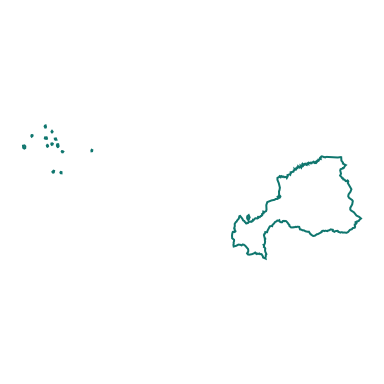 the district of Mamuju, Sulawesi Barat, Indonesia
{"feature_id": "22746128B65468173429736", "entity_name": "Mamuju", "entity_type": "district", "adm_level": 2, "iso_a3": "IDN", "parent_name": "Indonesia", "parent_adm1": "Sulawesi Barat", "projection": "mercator", "projection_center": [119.254, -2.427], "detail": "fine", "context": "isolated", "style": "outline", "palette": "teal", "viewbox_px": 384, "rotation_deg": 0, "n_neighbors": 0, "source": "geoboundaries", "source_scale": "gbopen_adm2", "svg_char_len": 5970}
<svg xmlns="http://www.w3.org/2000/svg" viewBox="0 0 384 384"><path d="M345.8,165.1L342.9,163.6L343.0,162.7L341.4,160.6L341.2,157.2L340.6,157.1L337.8,157.5L326.7,156.9L325.9,157.0L325.2,157.4L324.7,157.1L324.1,157.2L322.6,156.5L321.5,156.4L320.3,157.6L320.5,157.8L320.2,157.9L320.0,158.2L320.3,158.8L319.9,158.7L319.8,159.2L318.9,160.0L318.7,159.9L318.7,160.4L318.3,160.4L318.2,160.7L317.5,160.4L317.0,160.9L317.2,161.1L316.8,161.2L316.9,161.5L316.6,161.6L317.0,161.9L316.0,163.1L315.0,163.0L314.4,162.4L314.3,162.8L314.1,162.7L314.0,162.3L313.5,162.3L313.2,161.9L312.3,162.7L312.0,162.6L311.5,163.0L311.2,162.8L311.1,163.2L310.6,163.1L310.7,163.3L309.9,163.3L309.3,162.9L308.4,163.1L308.6,163.3L308.3,162.8L307.9,163.1L308.1,163.3L307.8,163.5L307.6,163.6L307.8,164.0L307.3,163.8L307.2,164.5L306.6,164.7L306.5,164.4L306.5,164.9L306.2,164.8L305.5,163.9L304.7,164.5L304.5,164.2L304.3,164.4L304.3,164.0L303.7,164.2L303.3,164.5L303.4,164.8L303.0,164.4L303.0,165.1L302.7,164.9L302.6,165.3L302.2,164.9L302.1,165.5L301.5,165.9L301.7,166.1L301.3,165.9L301.6,166.5L301.1,166.5L301.3,166.7L301.1,166.9L301.4,166.9L301.0,167.0L301.0,167.3L300.7,167.0L300.3,166.8L300.0,167.3L300.2,166.7L299.7,167.0L299.9,167.2L299.5,167.0L299.4,167.4L298.8,167.0L298.1,166.3L298.0,166.8L297.5,167.0L297.6,167.5L297.4,167.7L297.4,167.9L297.0,167.8L296.5,168.1L296.7,168.4L296.6,168.6L296.3,168.6L296.4,168.9L296.2,169.2L296.0,168.9L295.2,169.6L294.6,169.1L294.7,169.7L294.3,170.3L293.7,170.4L293.4,171.7L290.6,172.3L290.6,172.7L291.0,173.0L290.5,173.6L290.3,174.5L290.0,174.2L287.5,175.1L287.7,176.4L286.8,178.0L286.2,176.9L284.1,177.2L283.7,176.6L283.1,176.5L282.3,176.9L281.6,176.1L280.8,176.5L280.5,177.3L280.1,177.1L280.3,176.2L279.8,176.0L278.8,177.2L277.5,177.8L277.4,179.0L277.5,180.0L278.8,183.2L279.9,187.7L279.4,190.5L279.0,191.2L279.1,194.7L278.3,196.5L278.0,196.7L278.5,196.9L278.5,196.6L280.0,195.9L280.4,196.4L280.2,197.0L279.6,197.8L278.0,198.0L277.6,198.9L275.6,199.0L274.6,199.8L271.6,200.4L267.3,202.1L266.3,205.1L266.5,209.6L266.1,211.1L264.3,212.1L263.3,211.6L263.2,212.3L263.6,212.6L263.4,212.8L263.5,213.4L262.0,214.1L262.2,215.2L261.3,216.0L260.8,216.0L259.8,217.1L259.6,216.9L258.1,216.9L258.0,218.1L257.2,218.5L255.8,218.2L255.1,218.4L253.9,219.8L253.0,219.7L252.9,220.8L251.4,221.3L251.4,221.8L249.3,221.7L248.1,222.5L248.1,222.9L246.4,223.5L245.9,223.3L245.7,222.5L244.8,222.0L244.3,221.0L243.1,220.4L242.4,218.8L240.1,215.9L239.4,216.2L238.8,218.6L237.1,220.5L236.6,221.6L235.8,222.1L234.7,223.9L234.8,226.2L234.2,228.1L234.2,228.5L234.6,228.6L234.9,230.4L235.5,231.2L235.3,231.6L234.3,232.1L233.2,231.7L232.8,231.9L232.3,233.4L232.0,235.7L232.2,238.3L234.0,239.7L234.1,240.8L233.6,242.6L233.7,243.8L233.4,244.9L233.7,246.5L236.2,245.8L238.4,244.6L240.3,244.8L241.6,245.4L242.6,244.5L243.8,244.7L245.3,245.8L248.1,249.1L248.3,250.9L248.1,252.0L247.5,252.5L247.1,253.5L247.8,253.9L247.9,254.4L249.1,254.7L251.9,254.2L253.9,253.4L255.2,252.5L256.1,253.2L256.0,253.6L256.8,254.1L257.6,253.6L258.4,253.9L259.4,253.5L259.9,254.1L261.5,254.1L262.9,256.4L263.1,257.5L265.6,258.6L265.4,257.5L265.8,256.2L265.8,255.0L266.4,254.2L265.3,251.8L265.0,250.0L265.3,248.7L264.8,247.7L263.9,247.0L264.1,246.1L263.6,244.9L264.2,244.8L264.9,243.2L265.1,241.5L264.8,239.8L265.3,239.0L265.2,238.4L264.7,238.2L263.9,235.0L264.6,234.1L264.5,233.7L265.2,233.1L265.3,232.1L267.1,232.2L267.5,230.7L269.8,226.4L271.7,225.9L272.2,226.1L272.5,224.9L274.2,223.3L274.8,222.2L276.7,221.2L277.3,220.5L278.4,220.7L279.3,220.2L279.7,221.6L281.1,222.3L282.2,222.2L282.7,221.1L283.6,220.9L284.3,221.2L284.9,220.9L286.2,221.2L287.9,223.1L288.2,223.8L289.3,224.8L289.3,225.8L291.0,227.4L292.1,227.5L293.3,227.2L293.7,227.4L295.7,226.8L296.1,227.1L297.5,226.7L299.2,226.9L300.0,229.4L301.2,229.6L302.8,230.4L303.8,230.3L305.5,231.3L307.9,231.8L308.9,231.7L310.5,234.2L311.1,234.4L311.3,234.8L313.2,236.0L314.9,235.7L316.9,234.2L317.7,234.2L321.6,232.1L321.5,231.6L322.3,230.9L323.4,230.7L324.3,231.1L325.3,230.7L327.5,231.1L327.9,230.6L329.2,230.3L330.7,229.4L332.8,229.8L332.8,231.0L334.5,231.8L335.1,231.2L337.5,230.8L337.9,231.0L338.3,231.9L339.6,232.2L340.3,232.6L341.0,232.3L342.0,232.2L342.7,232.6L344.6,232.5L346.5,232.8L348.1,232.0L349.9,229.9L351.9,229.2L352.7,228.1L354.7,227.7L355.1,226.8L354.7,225.2L355.1,224.8L354.9,224.4L355.8,224.0L356.4,223.2L355.8,223.0L355.5,222.2L357.2,221.3L358.6,221.1L359.4,219.9L361.0,218.5L359.2,216.9L356.5,215.6L353.9,212.3L350.9,210.4L350.3,209.6L350.3,207.8L352.2,204.4L352.8,201.1L352.2,200.1L349.0,197.8L348.2,196.2L348.6,194.3L350.5,191.7L351.4,189.2L347.8,183.0L348.3,181.5L348.0,180.8L347.5,180.4L346.5,181.1L345.7,181.1L344.5,179.6L343.4,179.5L343.3,179.0L342.8,178.7L342.8,178.2L341.9,177.9L341.6,177.1L340.1,175.6L341.0,173.7L340.2,170.4L340.6,169.2L343.0,168.4L343.0,168.0L343.7,168.0L345.0,165.8L345.8,165.1ZM248.3,220.1L249.2,218.7L249.2,217.6L249.6,217.3L248.7,215.1L247.3,216.2L247.1,217.3L247.2,218.5L247.6,219.2L248.3,220.1ZM24.5,145.4L23.0,145.7L23.2,147.8L24.3,148.6L25.2,148.1L25.3,146.3L24.5,145.4ZM58.1,147.0L58.6,146.2L58.2,144.2L57.3,144.2L56.9,145.0L57.0,146.1L57.7,147.1L58.1,147.0ZM47.0,138.3L46.6,137.3L45.0,137.4L44.8,138.4L45.1,138.7L46.8,138.9L47.0,138.3ZM45.8,127.5L46.0,126.8L45.6,125.4L44.9,125.7L44.6,126.4L45.2,127.6L45.8,127.5ZM53.8,172.4L54.1,170.9L53.5,170.7L52.4,171.9L53.1,172.7L53.8,172.4ZM48.1,146.2L47.9,145.3L47.3,144.9L46.8,145.6L47.1,146.6L47.5,146.8L48.1,146.2ZM52.5,144.6L52.8,143.7L52.2,143.3L51.4,143.5L51.3,144.2L51.8,144.9L52.5,144.6ZM56.4,139.7L55.9,138.4L54.8,138.6L54.9,139.3L55.4,139.8L56.4,139.7ZM32.4,136.2L32.6,135.3L32.1,135.0L31.6,135.1L31.3,136.0L31.7,136.7L32.4,136.2ZM63.3,151.6L62.6,151.1L61.9,151.1L61.7,151.6L62.2,152.3L62.8,152.3L63.3,151.6ZM61.5,173.3L61.5,172.1L60.8,171.9L60.4,172.4L60.7,173.2L61.5,173.3ZM92.1,151.2L92.3,150.1L91.7,149.8L91.4,150.4L91.5,151.3L92.1,151.2ZM52.2,132.4L52.6,131.7L52.0,130.9L51.5,131.6L51.8,132.4L52.2,132.4Z" fill="none" stroke="#0f766e" stroke-width="2"/></svg>